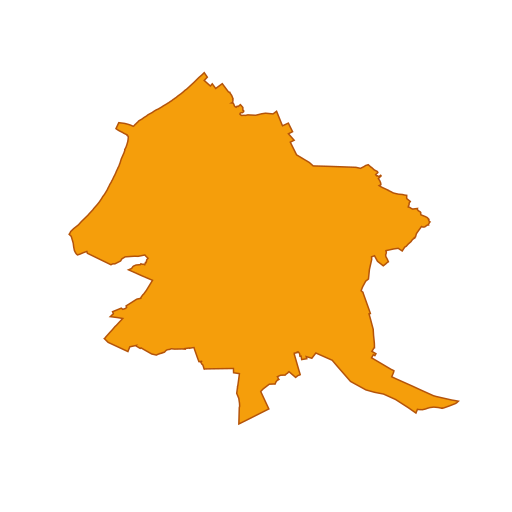 Rīga, Riga, Latvia (Mercator projection), rotated 347°
{"feature_id": "27541924B69950658551149", "entity_name": "Rīga", "entity_type": "district", "adm_level": 2, "iso_a3": "LVA", "parent_name": "Latvia", "parent_adm1": "Riga", "projection": "mercator", "projection_center": [24.123, 56.972], "detail": "fine", "context": "isolated", "style": "filled", "palette": "amber", "viewbox_px": 512, "rotation_deg": 347, "n_neighbors": 0, "source": "geoboundaries", "source_scale": "gbopen_adm2", "svg_char_len": 6060}
<svg xmlns="http://www.w3.org/2000/svg" viewBox="0 0 512 512"><g transform="rotate(347 256 256)"><path d="M433.2,261.9L432.5,260.9L432.2,259.4L432.7,259.1L431.5,257.1L429.9,255.7L426.0,253.0L425.9,251.8L426.3,251.1L426.2,250.5L425.9,249.9L424.5,248.5L424.2,248.1L423.7,246.9L423.7,246.5L424.0,246.0L419.2,245.5L418.0,244.6L416.5,243.0L415.4,242.6L415.7,241.6L416.2,241.2L416.9,239.9L417.1,238.9L418.6,237.6L415.9,234.1L415.8,233.6L416.5,230.8L414.6,230.1L412.5,229.0L408.7,227.8L405.2,226.1L403.9,225.4L403.4,225.0L402.2,223.9L399.6,221.8L399.7,221.7L393.9,217.2L391.8,215.1L393.7,214.6L393.8,214.0L393.9,212.8L393.5,210.4L392.6,208.1L395.9,206.1L395.6,205.4L393.6,206.3L392.3,205.1L391.6,205.1L390.9,203.6L393.5,202.1L393.3,201.0L390.6,198.7L388.4,195.5L388.1,195.4L385.9,192.3L383.1,192.5L381.6,193.1L377.5,194.1L373.4,192.1L346.6,184.9L332.0,181.1L329.1,177.0L318.3,166.6L315.0,152.8L319.2,151.8L315.1,144.2L319.6,143.1L317.4,133.8L311.2,135.1L310.8,133.5L308.6,119.6L304.8,121.3L304.3,121.3L297.4,119.0L293.5,118.7L287.3,118.8L280.0,116.7L279.2,116.6L277.7,116.7L275.9,116.2L273.5,115.8L272.5,114.6L272.2,114.1L272.8,113.3L273.9,113.0L275.0,113.3L276.4,112.6L276.7,111.9L276.4,111.3L276.0,111.0L276.6,108.3L275.4,106.0L274.8,105.0L272.3,106.3L271.3,105.8L270.9,106.2L270.4,106.3L270.1,106.6L269.4,106.0L268.7,104.9L268.6,103.7L268.2,101.9L266.8,101.4L267.3,101.3L268.1,100.3L268.6,99.0L268.5,98.1L269.0,97.8L268.4,94.0L267.3,91.3L267.4,90.7L266.1,90.0L261.9,80.5L254.4,83.7L252.1,78.4L249.8,80.1L245.0,73.3L248.8,70.8L246.8,65.7L244.2,67.3L240.4,69.3L234.6,72.9L225.8,77.9L224.0,78.6L222.5,79.5L219.5,81.0L215.9,82.5L213.6,83.7L212.1,84.2L211.5,84.6L210.8,84.7L208.4,85.9L207.7,86.0L205.2,87.1L204.5,87.2L203.3,87.7L199.1,89.0L197.9,89.5L195.4,90.3L193.8,90.8L191.6,91.2L188.6,92.2L187.3,92.8L182.5,94.1L180.7,95.0L178.2,95.8L175.7,96.9L173.0,97.7L171.9,98.1L171.0,98.9L170.3,99.2L168.4,100.4L167.9,100.6L166.2,101.8L165.5,102.0L163.3,100.3L160.8,98.8L157.9,97.3L152.3,95.2L148.2,100.4L149.6,102.0L150.5,102.8L150.9,103.3L152.0,104.1L152.7,104.8L153.2,105.1L154.3,106.1L154.5,106.4L157.7,109.0L157.5,109.6L158.4,110.6L158.4,111.1L157.6,113.7L157.1,114.8L157.1,115.1L155.1,118.7L153.6,121.0L152.0,122.8L152.0,123.4L151.9,123.7L151.2,124.7L151.0,125.2L146.5,131.2L144.4,134.9L143.8,135.8L143.6,135.9L143.3,136.6L142.3,138.0L141.4,138.9L141.4,139.1L138.8,142.3L138.8,142.5L136.1,146.0L135.8,146.2L133.7,148.9L132.9,149.9L132.1,150.6L131.7,151.4L131.0,152.0L130.6,152.5L129.7,153.3L128.7,154.7L127.2,156.4L125.9,158.1L122.2,161.9L120.1,163.6L118.5,165.3L115.4,168.2L113.0,170.1L108.4,173.4L107.7,174.1L102.8,177.4L101.5,178.4L93.7,183.1L90.0,185.7L84.5,188.3L81.0,190.4L79.7,192.0L78.8,192.8L80.4,195.3L80.8,202.2L80.4,206.2L80.3,209.9L80.9,212.3L81.5,213.7L82.3,214.8L84.8,214.6L88.6,213.9L92.2,213.5L92.3,215.4L112.7,231.9L114.6,231.4L116.8,231.9L122.9,230.4L124.7,228.6L128.4,227.4L137.7,228.9L141.0,229.8L147.9,230.0L148.4,231.0L150.3,233.9L148.6,235.2L147.9,237.0L147.2,237.8L146.8,237.5L145.6,239.5L144.3,238.6L143.3,238.5L142.1,237.7L141.4,238.4L137.1,237.8L134.3,238.3L133.5,238.8L132.4,239.8L131.8,240.2L128.7,240.8L140.2,249.5L149.7,256.4L141.6,264.7L137.9,267.9L137.2,268.2L135.1,270.0L134.2,271.0L134.2,271.3L130.4,271.2L129.0,271.6L118.2,275.4L118.4,276.9L117.1,277.7L114.2,278.0L113.8,277.5L113.0,276.5L103.7,278.0L104.1,280.0L103.5,280.6L103.1,280.7L100.4,282.3L107.1,284.8L112.1,286.9L104.1,292.3L102.8,293.0L98.8,296.0L97.1,297.1L91.7,300.9L91.3,301.2L91.3,301.3L90.9,301.7L89.6,302.3L89.9,302.8L92.5,306.9L109.7,320.3L112.6,316.1L118.9,316.2L118.6,316.4L122.4,320.0L123.3,319.7L132.3,328.0L136.6,330.1L140.0,329.4L140.1,329.6L143.0,329.2L142.9,329.4L145.2,329.1L147.1,327.8L148.0,327.5L149.1,327.4L150.8,327.6L152.6,327.3L155.7,328.4L163.0,329.9L165.9,330.8L165.8,330.2L170.2,330.6L170.3,330.9L173.7,331.1L175.0,331.3L175.1,333.3L175.9,340.4L175.9,340.6L176.4,344.6L176.5,344.8L176.6,346.0L176.9,346.0L177.6,346.5L178.9,346.2L179.2,346.4L178.5,346.9L178.4,347.4L178.7,348.3L179.0,349.3L179.5,349.9L179.7,350.3L179.9,352.5L180.0,354.4L180.1,354.6L180.5,354.5L183.5,355.1L208.7,360.5L207.9,364.7L213.4,366.9L209.1,378.3L208.8,378.7L208.6,379.2L208.5,379.3L208.3,380.4L208.2,380.4L206.3,385.5L206.8,388.4L207.2,390.9L206.8,395.7L206.3,398.6L205.6,400.0L201.5,415.8L202.5,415.6L234.1,407.9L230.1,389.1L233.1,387.1L240.1,383.9L245.0,384.8L245.7,385.1L247.3,383.0L249.2,381.6L249.4,381.8L250.6,381.4L250.2,380.7L250.0,379.3L249.7,378.4L253.2,377.7L257.7,378.6L259.0,377.7L260.5,377.2L261.5,376.4L262.1,376.1L267.3,383.2L270.0,381.9L272.2,381.7L272.4,381.5L272.1,377.3L271.2,360.1L271.5,359.9L271.5,359.3L274.2,359.4L274.2,359.1L274.4,359.1L274.4,359.3L274.5,358.9L275.4,358.8L276.4,360.6L276.5,360.9L276.3,363.6L277.4,363.7L277.2,367.2L282.4,367.5L282.3,365.3L287.4,368.2L292.5,364.0L306.8,374.7L310.4,381.7L319.9,399.5L333.0,411.2L340.9,415.5L349.2,419.2L359.7,427.2L370.3,438.1L376.5,445.0L378.8,441.7L380.2,442.3L383.6,443.2L387.0,443.2L388.1,443.0L391.2,442.8L395.2,443.2L399.4,444.6L402.3,445.9L403.0,446.0L402.9,446.2L403.2,446.3L403.3,446.3L403.4,446.1L404.4,446.3L410.6,445.6L417.3,444.6L418.6,444.1L420.5,443.0L417.1,441.5L414.6,440.5L399.9,433.4L397.4,432.0L385.2,422.7L379.3,418.1L364.2,406.7L361.1,404.2L363.8,400.4L364.6,398.9L363.4,397.8L362.4,397.1L345.7,381.2L348.1,378.6L349.4,379.8L350.9,378.2L347.5,375.0L350.3,372.1L350.8,372.1L351.7,367.6L352.7,359.7L353.7,353.8L353.3,341.9L353.1,337.8L354.5,337.8L354.1,333.8L352.0,315.8L352.1,315.5L350.6,313.5L352.9,310.1L357.2,305.2L360.4,303.7L363.5,294.6L368.0,285.3L368.4,282.8L371.5,282.4L373.2,288.5L377.8,294.2L380.8,292.8L381.9,292.1L383.7,291.4L383.2,288.7L382.8,287.2L382.4,285.9L382.6,283.9L383.2,283.2L383.7,282.0L383.9,281.4L383.7,280.5L383.8,280.0L391.9,280.1L396.3,280.5L399.6,284.0L402.9,280.8L404.6,280.3L407.0,278.6L410.2,276.9L412.0,275.3L413.2,274.7L414.6,274.2L414.4,273.8L415.7,273.3L417.2,270.5L418.4,269.3L423.9,264.5L425.2,265.4L427.0,265.6L429.9,264.4L431.1,264.6L431.1,264.0L432.9,262.0L433.2,261.9Z" fill="#f59e0b" stroke="#b45309" stroke-width="1.5"/></g></svg>